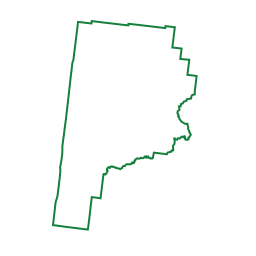 outline of Park, Wyoming, United States of America, rotated 277°
{"feature_id": "52423323B43974987892868", "entity_name": "Park", "entity_type": "district", "adm_level": 2, "iso_a3": "USA", "parent_name": "United States of America", "parent_adm1": "Wyoming", "projection": "robinson", "projection_center": [-110.026, 44.405], "detail": "fine", "context": "isolated", "style": "outline", "palette": "green", "viewbox_px": 256, "rotation_deg": 277, "n_neighbors": 0, "source": "geoboundaries", "source_scale": "gbopen_adm2", "svg_char_len": 4031}
<svg xmlns="http://www.w3.org/2000/svg" viewBox="0 0 256 256"><g transform="rotate(277 128 128)"><path d="M23.3,65.4L22.5,65.4L22.4,72.2L22.4,72.5L22.3,79.5L22.3,91.8L22.3,94.3L22.3,100.5L26.9,100.6L29.6,100.6L36.3,100.6L45.6,100.5L55.0,100.5L55.0,103.9L54.9,109.3L66.2,109.3L79.2,109.3L79.5,109.8L79.5,110.8L79.1,111.0L79.1,111.4L79.6,111.6L80.0,111.8L80.4,112.0L80.9,112.4L81.5,112.5L82.2,112.7L82.6,112.9L82.9,112.9L83.1,113.0L83.2,112.9L83.3,112.8L83.3,112.6L83.4,112.3L83.8,112.3L84.3,112.3L84.6,112.1L85.0,112.2L85.7,112.6L86.3,113.0L86.8,113.5L86.8,113.8L86.6,114.0L86.3,114.3L86.2,114.5L86.1,114.8L86.2,115.0L86.4,115.1L86.7,115.0L87.0,115.2L87.4,115.6L87.8,116.0L87.9,116.4L87.7,116.8L87.7,117.1L87.6,117.4L87.8,117.9L87.8,118.2L87.5,118.6L87.3,119.0L87.3,119.3L87.4,119.9L87.5,120.2L87.4,120.5L87.1,120.9L86.8,121.0L86.7,121.1L86.8,121.4L86.8,121.8L86.7,122.2L86.8,122.8L86.8,123.3L86.5,124.1L86.5,124.6L86.3,124.8L86.2,125.2L86.5,125.6L86.8,125.9L87.0,126.3L87.3,126.7L87.6,126.8L87.8,127.1L88.2,127.1L88.5,127.2L88.7,127.3L89.2,127.5L89.4,127.7L89.7,128.1L89.8,128.5L89.8,128.9L89.8,129.2L90.0,129.6L90.4,129.7L90.8,129.9L91.0,130.2L91.5,130.6L91.7,131.0L91.9,131.4L92.0,131.8L92.1,132.3L92.0,132.7L92.1,133.3L92.2,133.7L92.3,134.2L92.2,134.6L92.3,135.1L92.5,135.4L93.0,135.7L93.6,135.9L94.1,136.1L94.1,136.3L94.2,136.5L94.3,136.7L94.3,136.9L94.2,136.8L94.2,136.7L94.2,136.8L94.1,137.0L94.0,136.9L94.0,137.0L93.9,137.1L94.0,137.3L94.1,137.5L94.0,137.4L93.7,137.4L93.8,137.8L94.1,138.2L94.5,138.4L95.5,138.2L95.7,138.5L96.1,138.8L96.6,138.6L96.7,138.9L97.0,139.3L97.8,139.4L98.7,140.2L99.0,141.3L98.7,142.0L99.1,142.7L99.2,143.4L99.4,144.0L99.9,144.3L99.9,144.8L99.8,145.9L100.0,146.8L100.5,147.4L101.1,147.9L101.3,147.8L101.6,148.0L101.8,148.3L101.4,148.6L101.1,148.7L100.9,149.4L101.4,149.6L101.9,149.9L101.5,150.3L101.3,150.2L100.9,150.4L101.1,150.9L101.5,151.3L101.9,151.1L102.1,151.4L101.5,151.8L101.1,152.0L101.0,152.4L101.2,152.6L101.2,153.0L101.1,153.4L100.6,153.7L100.6,154.2L100.5,154.5L100.7,154.8L100.6,155.2L100.6,155.5L100.8,155.6L101.0,156.1L101.3,156.3L106.7,156.7L106.7,158.8L106.7,168.2L106.7,169.7L107.1,169.7L108.4,170.3L108.5,170.7L108.5,170.9L108.7,171.2L108.9,171.5L109.0,171.8L109.2,172.1L109.2,172.3L109.4,172.5L109.6,172.7L109.6,173.0L109.6,173.4L109.7,173.9L109.9,174.0L110.2,173.9L110.6,174.0L110.9,174.0L111.1,174.1L111.2,174.4L111.1,174.8L111.1,175.0L111.1,175.3L111.6,175.7L112.9,175.3L115.7,174.8L118.1,176.1L121.4,175.8L122.3,175.4L123.3,175.2L123.2,176.1L122.4,177.0L122.4,178.2L123.2,178.4L123.8,178.7L124.0,179.5L123.8,180.4L124.2,181.1L125.6,182.1L126.0,182.4L126.0,183.5L125.7,183.6L125.5,184.1L125.9,184.5L126.6,184.7L126.8,184.9L126.7,185.2L126.3,185.5L125.6,185.7L124.9,185.8L124.1,185.9L123.6,186.4L123.4,187.0L123.8,187.7L123.5,188.2L123.8,189.0L124.6,189.5L125.4,189.2L125.6,189.1L125.9,189.3L125.9,189.6L126.2,189.9L126.6,189.9L127.1,190.2L127.7,190.6L128.4,191.0L128.8,191.1L129.3,191.1L129.5,190.9L129.8,190.5L130.4,190.1L131.1,189.8L131.2,189.5L131.6,189.6L132.3,189.3L132.9,188.7L133.9,188.1L134.9,187.7L135.8,187.8L136.8,187.3L137.9,186.9L138.9,186.8L139.5,186.3L139.2,185.2L139.1,184.2L139.6,183.1L140.5,180.7L143.0,178.2L144.3,177.5L145.7,176.4L146.0,176.9L147.2,176.4L148.5,175.3L150.6,175.3L152.5,176.9L155.6,175.9L155.9,177.6L158.4,177.8L159.1,179.5L160.9,180.0L162.1,182.7L163.7,182.8L164.9,187.0L167.5,187.1L168.7,187.9L169.4,190.1L172.8,189.8L184.6,189.8L188.0,189.7L188.0,180.5L203.2,180.5L202.9,171.5L213.4,171.5L213.3,162.2L233.7,162.2L233.7,152.8L231.7,152.8L231.6,125.5L231.5,115.8L229.9,115.8L229.8,108.3L229.7,90.9L229.7,79.0L227.3,79.0L227.2,65.5L222.0,65.5L199.5,65.5L190.1,65.5L188.3,65.5L186.6,64.9L173.2,64.9L172.7,64.9L163.7,65.0L162.8,65.0L147.0,65.2L139.5,65.2L132.2,65.3L128.2,65.3L121.7,65.2L111.6,65.2L111.1,65.2L109.1,65.1L102.0,65.1L94.4,65.9L87.1,65.8L83.9,65.6L82.5,65.6L80.7,65.4L77.3,66.1L70.2,66.3L65.2,66.3L64.8,66.3L51.9,66.3L48.1,65.7L47.2,65.5L45.2,65.2L23.4,65.4L23.3,65.4Z" fill="none" stroke="#15803d" stroke-width="2"/></g></svg>